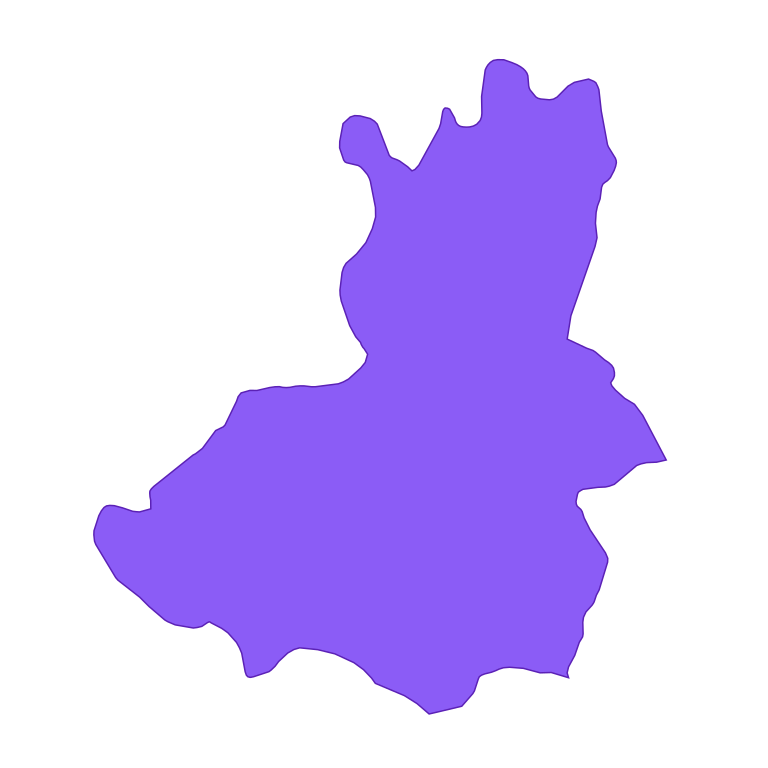 outline of Wardak, rotated 92°
{"feature_id": "AFG-1774", "entity_name": "Wardak", "entity_type": "Province", "adm_level": 1, "iso_a3": "AFG", "parent_name": "Afghanistan", "parent_adm1": "", "projection": "equal_earth", "projection_center": [68.09, 34.238], "detail": "fine", "context": "isolated", "style": "filled", "palette": "violet", "viewbox_px": 768, "rotation_deg": 92, "n_neighbors": 0, "source": "natural_earth", "source_scale": "10m", "svg_char_len": 3486}
<svg xmlns="http://www.w3.org/2000/svg" viewBox="0 0 768 768"><g transform="rotate(92 384 384)"><path d="M671.1,189.3L666.5,206.8L667.2,217.9L663.3,234.8L662.7,248.6L663.4,254.7L664.9,259.0L666.5,262.2L668.3,266.5L670.2,273.2L671.6,276.4L673.2,278.5L675.3,279.4L687.5,282.9L690.3,284.4L703.3,295.0L710.1,319.6L712.2,327.4L702.2,339.9L694.7,352.8L683.5,382.2L678.3,386.2L670.2,394.5L663.5,404.4L655.4,423.7L651.8,441.0L650.6,459.1L652.5,464.8L656.2,470.8L665.0,479.6L669.9,483.0L673.8,486.8L675.5,488.9L681.1,504.1L681.8,507.0L681.8,507.9L681.3,509.9L679.8,511.4L676.4,512.7L658.0,516.8L652.6,519.3L647.4,522.4L638.1,531.3L633.8,537.8L628.7,548.5L627.8,549.9L627.9,550.7L628.6,552.1L632.6,557.6L633.9,562.3L634.5,566.1L632.0,584.3L629.1,591.8L627.5,594.8L614.7,610.9L605.5,620.8L589.4,643.0L586.8,645.4L554.5,666.4L551.2,667.8L544.9,668.7L540.8,668.7L525.6,664.4L520.6,662.0L517.2,659.5L516.2,658.1L515.5,657.0L514.9,653.8L515.0,649.3L516.9,641.0L520.0,630.7L520.3,626.7L520.4,623.9L516.9,612.7L508.3,613.1L504.9,613.9L501.1,614.3L499.2,614.2L497.0,612.9L494.4,610.5L461.7,572.4L460.3,569.9L454.7,563.2L436.4,550.6L432.4,543.1L430.5,541.4L406.5,530.8L401.7,529.3L397.9,526.5L395.1,517.8L394.9,510.7L391.5,498.0L390.6,492.9L390.3,488.5L390.9,485.2L391.0,481.5L390.6,477.8L389.3,472.2L388.8,467.8L388.7,463.6L389.3,456.2L389.1,452.3L385.4,429.6L383.4,424.8L380.3,419.6L368.8,407.8L363.1,403.5L354.8,401.4L349.3,405.2L348.1,406.4L345.4,408.1L343.3,408.9L337.8,413.9L326.9,420.3L302.6,429.6L296.7,430.9L291.7,431.3L274.0,429.8L268.9,428.4L264.7,426.1L255.1,416.0L243.3,407.0L229.2,401.1L217.4,398.2L207.8,398.7L181.9,404.7L178.8,405.9L175.4,407.8L170.6,412.1L168.0,414.8L166.5,417.4L164.2,428.9L163.5,430.6L161.6,432.1L149.6,436.6L143.2,436.7L125.2,434.0L118.4,427.1L116.8,422.7L116.9,417.3L119.2,407.0L121.7,402.7L124.5,399.8L155.2,386.8L156.7,385.4L157.8,383.8L159.4,378.9L160.6,376.2L166.1,367.9L170.0,363.5L168.6,360.6L164.1,356.8L126.6,337.9L121.9,336.5L109.6,334.8L107.4,334.0L106.0,332.6L106.2,330.0L107.1,328.0L115.6,322.8L118.6,321.8L120.1,321.1L121.7,319.9L123.0,318.4L123.9,316.4L124.3,313.8L124.4,310.5L124.1,307.3L123.1,303.7L121.2,300.4L117.3,297.1L113.8,295.9L110.0,295.6L93.2,296.5L66.6,293.8L64.0,292.7L61.4,291.2L58.9,289.0L56.8,286.0L55.9,281.7L55.8,275.5L58.3,267.5L60.2,262.4L62.2,258.6L64.1,255.8L66.1,253.7L68.4,252.0L70.9,251.0L81.0,249.8L83.2,249.2L85.1,248.2L91.7,242.4L93.0,240.3L93.7,237.3L94.2,228.5L93.4,224.6L91.2,221.0L79.9,210.5L75.9,204.3L72.1,190.2L74.2,184.8L75.5,182.8L79.2,180.8L82.4,179.5L103.6,176.4L137.0,169.0L139.4,167.9L150.2,160.7L152.5,159.8L154.7,159.5L158.3,160.1L162.6,161.5L169.9,165.0L173.0,167.8L174.9,170.4L176.7,172.3L179.8,173.4L191.5,174.5L198.8,176.9L205.1,178.0L216.0,178.3L230.4,176.2L239.2,177.9L309.3,199.6L332.7,202.5L341.2,182.6L343.2,176.3L344.8,173.7L352.2,164.4L354.8,160.2L357.4,157.1L360.1,155.2L364.5,154.1L367.8,154.0L370.6,154.9L374.9,157.5L377.9,156.2L382.1,152.4L390.0,142.9L395.5,133.0L406.3,124.3L450.1,99.3L452.6,108.8L453.4,118.8L454.9,124.5L456.6,128.6L476.2,150.3L478.2,155.2L479.2,159.1L479.8,166.7L482.3,181.5L483.6,183.7L485.3,186.0L487.5,186.8L494.7,188.0L497.4,187.6L499.4,186.6L502.5,182.9L504.6,181.5L510.9,179.3L522.6,172.9L545.0,156.8L550.4,154.3L554.2,154.3L582.3,161.8L587.7,164.4L594.4,166.4L596.0,167.2L597.9,168.4L604.7,174.2L610.2,176.5L615.2,177.0L626.8,176.3L629.8,176.7L635.3,179.8L648.6,183.9L660.3,189.7L666.3,190.9L671.1,189.3Z" fill="#8b5cf6" stroke="#5b21b6" stroke-width="1.5"/></g></svg>